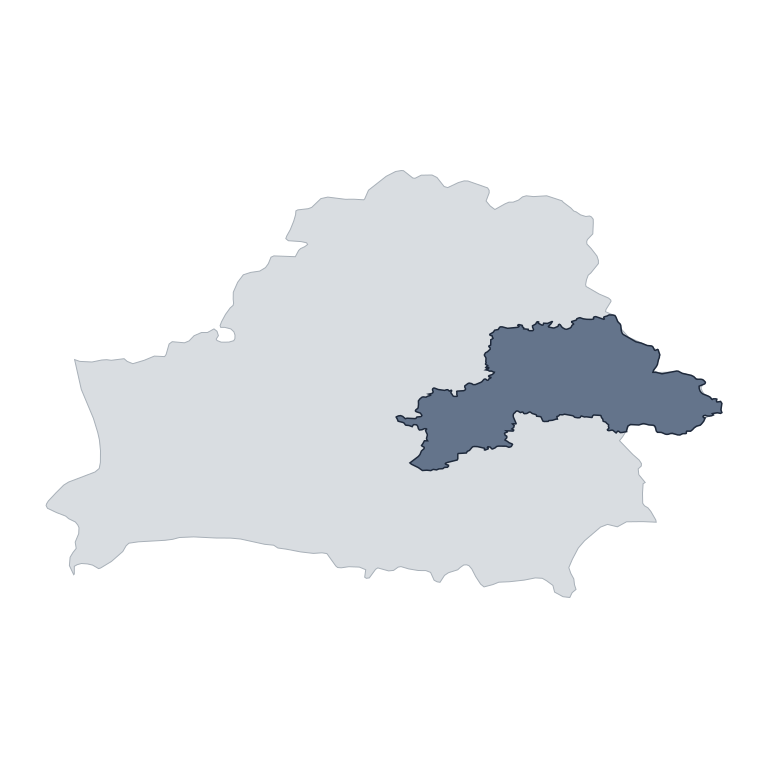 location of Mogilev within Belarus
{"feature_id": "BLR-2340", "entity_name": "Mogilev", "entity_type": "Region", "adm_level": 1, "iso_a3": "BLR", "parent_name": "Belarus", "parent_adm1": "", "projection": "equal_earth", "projection_center": [29.938, 53.567], "detail": "fine", "context": "in_parent", "style": "filled", "palette": "slate", "viewbox_px": 768, "rotation_deg": 0, "n_neighbors": 0, "source": "natural_earth", "source_scale": "10m", "svg_char_len": 9758}
<svg xmlns="http://www.w3.org/2000/svg" viewBox="0 0 768 768"><path d="M656.2,522.2L642.7,521.6L626.5,521.8L617.4,526.8L607.5,524.4L600.5,527.1L584.6,540.7L578.3,548.0L572.4,559.2L568.8,567.6L570.8,573.4L573.8,578.9L574.5,584.8L576.0,589.4L572.1,592.7L569.8,597.5L563.0,596.7L554.6,592.1L552.9,585.4L546.5,580.7L542.3,578.3L535.3,577.9L524.2,580.1L509.7,581.7L498.8,582.2L492.8,584.6L484.0,586.9L480.6,584.1L475.7,576.6L471.8,569.0L469.0,565.7L466.6,564.8L463.7,565.0L460.3,567.4L457.7,569.8L448.5,572.7L444.5,575.4L440.0,582.3L437.1,581.8L434.1,580.2L430.6,572.4L425.9,570.6L418.2,570.5L408.7,568.9L401.0,566.6L398.2,567.1L393.6,570.4L388.6,570.9L377.8,567.9L375.6,569.3L369.3,577.9L366.3,578.3L364.7,577.2L365.7,569.7L359.4,567.1L348.8,566.7L341.3,567.8L337.6,567.5L335.8,566.0L326.9,553.6L322.0,552.8L313.4,553.4L300.6,551.9L285.9,549.1L277.9,548.0L273.7,545.2L264.7,544.3L240.5,539.0L230.6,538.1L215.9,538.0L193.7,536.9L179.4,537.5L172.7,539.3L165.0,540.3L138.5,541.8L128.9,543.2L126.1,545.8L122.8,551.5L111.5,561.4L100.6,568.0L98.6,568.6L92.6,565.1L87.4,563.9L81.4,563.5L77.1,564.7L74.3,566.3L74.3,574.0L73.7,574.7L69.4,565.6L70.1,557.3L72.9,552.6L76.2,548.4L75.2,542.1L78.7,533.7L79.0,527.7L77.8,525.0L75.4,522.0L68.7,518.7L65.7,516.1L56.6,512.6L47.5,508.3L46.1,505.6L46.6,503.8L48.3,501.0L55.8,493.0L63.7,485.1L68.7,482.0L95.0,472.0L99.2,468.5L100.4,462.5L100.5,450.6L99.4,439.8L97.7,432.3L93.4,418.3L81.3,389.4L74.6,359.6L79.8,361.4L92.0,362.0L101.8,360.0L106.8,359.7L111.3,360.3L124.1,358.7L127.2,361.4L132.8,363.7L144.2,360.3L154.3,356.1L164.6,356.6L166.1,354.5L169.1,344.0L172.2,341.7L184.5,342.8L189.1,340.9L194.1,335.7L201.5,332.5L207.5,332.5L214.0,328.9L217.0,331.3L218.4,335.7L216.2,339.1L217.0,340.5L221.3,342.2L228.9,342.1L233.7,340.7L234.9,338.7L235.0,335.1L233.9,331.8L230.8,328.9L224.9,327.4L220.7,327.4L220.1,325.5L221.6,321.6L225.5,314.4L230.2,307.9L233.1,305.4L233.6,303.2L233.2,299.2L233.3,292.2L237.7,282.2L243.3,274.8L250.7,272.4L259.7,271.1L265.5,267.6L268.4,263.6L271.0,257.2L273.9,255.9L295.3,256.7L298.7,250.4L300.6,248.6L304.7,246.7L307.6,244.5L306.6,242.8L301.2,241.6L288.3,240.7L285.8,238.6L286.7,236.1L290.3,229.6L293.7,221.2L295.6,214.7L295.9,210.9L297.7,209.9L308.2,208.7L311.7,207.4L320.9,198.6L327.8,197.1L345.4,199.3L353.5,199.2L363.8,199.8L364.7,198.9L368.5,190.2L386.2,176.3L395.6,171.5L401.5,170.5L403.5,170.7L412.8,178.0L415.0,178.3L421.2,175.2L432.0,175.0L437.0,177.5L444.1,186.5L447.7,187.6L458.3,182.6L464.1,180.9L467.9,181.0L487.6,187.9L489.1,190.2L489.2,192.8L486.1,201.0L490.2,206.0L494.9,209.5L505.1,203.8L508.9,202.2L513.0,202.2L518.5,200.1L522.5,196.9L526.3,195.8L533.5,196.6L546.7,195.8L562.0,200.8L563.3,202.3L571.0,208.1L573.7,211.0L576.2,211.9L580.4,214.8L585.8,216.5L589.6,216.0L591.4,216.9L593.2,219.2L593.3,223.0L592.8,233.9L587.4,239.6L586.7,241.6L586.9,244.0L591.3,248.7L597.0,256.1L598.4,260.4L598.4,263.6L590.8,273.0L588.2,275.2L586.5,279.8L585.6,284.6L586.1,286.5L599.1,294.0L608.6,298.1L610.8,300.1L611.0,301.4L606.0,309.5L605.5,311.7L613.2,315.0L617.5,320.3L621.3,329.0L628.7,337.3L656.0,349.5L658.4,351.7L659.2,354.3L658.4,360.0L653.6,370.9L658.3,372.5L670.3,372.1L684.9,373.5L702.6,381.2L702.7,384.7L700.9,387.8L702.2,391.2L704.1,394.0L719.5,402.7L721.0,405.2L721.4,409.4L721.0,412.5L716.8,413.2L712.1,414.6L704.6,418.3L701.6,423.6L689.4,430.8L681.8,434.1L675.7,434.3L661.1,432.8L656.0,429.2L653.8,425.9L648.2,424.4L640.8,424.3L630.6,424.9L628.5,425.9L626.9,429.9L622.6,436.8L619.5,440.7L632.7,454.4L639.2,460.1L641.4,463.5L641.3,466.0L638.2,468.9L638.8,474.7L645.2,482.5L643.1,483.7L642.5,493.2L642.7,503.3L644.5,505.8L647.9,507.8L650.9,511.5L655.8,520.0L656.2,522.2Z" fill="#d9dde1" stroke="#a8b0b8" stroke-width="1"/><path d="M612.8,315.0L614.9,315.5L616.0,317.2L617.7,321.6L620.3,324.2L620.8,325.6L621.3,330.7L622.1,333.1L623.1,334.4L635.9,341.8L641.3,343.1L647.2,345.5L651.3,345.9L652.1,346.2L652.9,346.9L654.5,350.1L655.4,350.4L657.5,349.4L658.1,349.7L659.9,355.0L659.5,355.7L659.3,357.7L658.5,359.6L657.4,364.6L656.2,366.8L653.6,370.1L652.9,372.3L655.9,372.3L662.0,373.8L676.7,371.0L678.3,371.2L682.4,373.4L691.2,375.3L693.8,376.6L696.0,378.9L697.0,379.3L700.5,379.2L702.0,379.4L703.3,380.0L705.2,381.9L705.4,382.6L705.2,383.2L704.7,383.9L699.1,386.2L699.2,388.5L700.0,390.9L701.3,392.7L703.0,394.0L708.5,396.2L710.2,397.2L711.8,399.3L712.3,399.5L713.4,398.8L715.9,398.8L716.9,399.2L716.4,400.8L716.7,401.8L717.5,402.0L720.6,401.4L721.9,403.4L720.9,409.9L721.9,412.6L720.6,413.4L717.2,412.7L712.3,413.6L713.4,415.0L711.5,415.8L709.3,416.1L707.1,416.0L705.3,415.3L703.5,415.7L703.0,416.7L703.6,417.7L705.2,417.9L703.7,421.3L701.4,424.1L700.2,425.2L696.5,426.2L694.2,427.8L692.5,429.7L690.6,431.2L686.9,431.1L686.5,431.4L686.3,432.3L686.3,433.3L685.9,433.6L682.5,433.7L680.0,435.0L677.6,434.9L672.4,433.3L670.4,433.5L668.6,434.2L666.9,434.4L665.2,434.1L661.5,432.4L657.4,432.3L656.2,430.9L655.4,427.2L654.4,425.7L653.2,425.2L648.7,424.9L644.4,423.7L643.0,423.6L638.9,425.0L630.5,424.5L627.8,426.1L626.6,430.4L626.7,431.6L622.1,432.5L620.3,432.6L618.7,431.3L617.8,431.2L617.2,431.6L616.3,432.9L616.0,432.9L612.9,430.3L611.9,430.1L608.9,430.7L607.6,430.3L607.4,429.6L608.6,428.5L608.9,427.9L608.4,426.4L608.6,424.8L606.6,423.2L605.7,422.1L603.2,421.3L602.7,419.0L601.5,417.6L600.9,415.6L600.4,415.4L593.7,415.0L592.6,415.9L592.1,417.4L591.5,417.5L586.3,416.8L584.5,417.0L581.4,416.0L580.8,416.3L580.3,417.3L579.7,417.7L577.7,417.8L574.8,417.3L574.3,417.0L573.8,416.3L572.7,415.7L564.5,414.2L562.7,414.8L559.7,414.7L558.6,416.0L556.9,416.5L557.4,419.1L556.1,419.1L552.5,420.3L548.8,420.6L548.2,421.4L544.1,421.5L542.9,421.1L541.0,417.0L540.3,416.6L536.6,416.2L536.3,414.9L535.8,414.6L532.2,413.5L530.4,412.1L529.4,412.0L526.8,413.5L524.4,413.7L523.6,413.3L523.4,412.6L522.8,412.1L521.9,412.1L520.4,412.6L517.9,411.1L516.7,411.0L515.8,411.5L515.0,412.6L513.9,413.4L513.4,414.3L513.2,415.8L513.4,417.1L516.1,423.4L516.1,423.7L515.5,423.9L513.3,423.7L512.4,423.9L514.2,425.6L513.7,427.5L511.8,429.0L513.7,430.0L513.6,430.6L513.0,431.1L506.2,430.8L507.3,431.7L507.3,432.0L504.7,433.1L504.5,433.5L505.3,435.5L506.6,436.0L506.9,436.9L506.7,437.9L505.1,439.6L505.0,440.1L507.3,441.3L509.1,442.7L512.1,443.9L512.5,444.4L511.5,446.2L510.8,446.8L508.9,447.3L506.1,446.2L498.5,446.1L496.6,446.5L495.2,447.8L492.5,449.0L491.7,448.8L490.2,447.1L488.1,446.7L487.7,446.9L487.4,447.4L488.2,448.2L488.1,448.9L485.0,450.1L484.4,449.8L484.6,448.5L484.3,448.2L477.4,446.6L474.5,446.5L472.9,446.7L472.1,447.3L469.5,450.4L467.3,451.4L466.4,453.0L458.2,453.5L457.8,454.1L457.8,458.8L457.2,460.0L447.2,462.5L445.6,463.2L445.3,463.8L445.8,464.3L448.5,465.2L448.5,466.2L447.4,467.3L444.5,467.4L442.8,468.7L438.9,468.9L436.6,469.9L433.2,469.4L430.8,470.6L426.8,470.2L422.4,470.5L418.3,467.6L411.4,464.2L409.9,462.9L418.3,456.5L420.0,454.5L421.4,451.0L424.0,448.7L424.2,448.1L424.2,447.3L421.9,446.0L421.5,445.5L422.9,443.6L424.4,440.8L427.6,440.8L426.7,439.3L426.5,438.3L427.3,435.4L427.3,434.4L425.9,431.5L425.6,430.4L426.6,429.3L426.6,429.0L426.0,428.7L424.3,428.7L422.1,429.7L419.4,430.0L418.4,428.7L417.7,426.2L416.6,424.8L413.7,424.6L413.2,425.0L412.2,426.7L409.0,425.5L405.9,425.2L405.4,424.9L404.1,423.1L403.1,422.5L398.1,421.2L397.2,418.9L396.2,417.3L396.2,416.9L398.4,415.9L400.6,415.6L402.7,416.4L405.3,418.7L407.0,418.2L415.1,418.6L415.9,418.4L416.9,417.0L420.8,416.6L421.5,416.2L421.9,415.3L420.4,413.1L416.2,411.7L415.5,411.1L415.4,410.8L415.8,409.9L417.7,408.4L418.2,407.5L418.5,404.3L418.4,400.9L420.0,398.8L422.1,397.1L423.3,396.9L426.1,397.2L427.5,396.3L430.6,395.3L430.5,394.8L428.7,394.1L431.7,393.5L432.7,392.8L433.2,391.8L432.6,390.4L432.5,389.3L432.9,388.6L433.6,388.1L434.6,388.1L438.2,389.5L444.6,390.4L446.3,389.8L447.6,389.7L448.2,390.0L449.3,391.1L451.2,390.2L451.5,390.4L451.7,390.9L451.0,392.2L450.9,392.8L451.7,393.8L453.0,395.9L453.9,396.4L456.9,396.4L457.3,396.0L456.8,394.3L456.9,392.6L456.7,391.4L457.4,391.1L463.7,390.7L464.6,390.3L465.2,389.8L465.6,389.0L464.7,386.9L464.8,385.9L467.8,383.6L469.1,383.1L471.7,383.6L473.1,384.6L475.3,384.6L480.7,382.4L481.9,381.7L483.9,379.4L484.6,379.1L485.7,379.1L487.0,380.2L487.8,380.3L488.2,380.1L489.0,378.8L490.7,378.0L490.9,377.4L488.9,376.8L488.6,376.1L489.0,375.6L492.3,374.5L494.0,373.0L494.4,372.2L492.8,371.8L491.7,371.1L489.3,371.1L488.2,370.3L485.8,369.9L488.4,368.6L488.8,367.9L488.6,367.4L488.3,367.3L486.3,368.0L485.7,367.6L487.6,365.5L485.6,364.4L485.5,363.9L486.2,362.6L485.8,361.8L486.0,358.4L485.6,357.2L484.5,355.6L484.4,354.7L485.5,352.8L487.4,351.8L490.2,349.2L490.1,347.9L488.9,346.7L488.8,346.3L489.2,345.7L490.5,345.3L490.7,345.0L490.8,339.7L492.5,338.8L493.1,338.2L492.5,337.5L492.2,335.9L490.1,335.3L489.8,334.3L493.4,332.1L494.6,330.2L498.2,329.5L499.6,327.3L500.6,326.8L502.5,326.9L507.6,328.3L516.9,327.4L518.5,327.0L519.0,326.6L518.9,326.2L517.8,325.4L518.2,324.7L519.1,324.6L522.1,325.3L522.4,325.8L522.3,326.7L523.7,327.7L523.6,328.8L528.2,329.3L528.2,330.2L529.4,330.7L532.4,330.7L533.0,330.5L533.5,329.7L533.4,329.0L532.6,327.4L532.5,325.8L535.7,324.0L536.4,322.6L537.1,321.8L538.0,321.7L538.7,322.0L538.6,322.4L538.1,322.7L538.2,323.2L542.1,325.2L543.2,324.8L543.6,323.2L547.6,323.4L552.0,321.5L552.3,321.6L552.2,321.9L550.9,323.9L548.5,326.3L548.4,326.5L548.7,327.0L553.2,328.0L554.4,327.9L557.7,326.5L558.3,325.8L558.5,324.8L559.3,324.3L560.3,324.8L561.8,327.0L562.9,327.9L565.1,329.1L566.8,329.3L570.3,327.9L571.1,327.2L572.0,325.3L573.4,324.3L573.6,324.1L573.4,323.6L571.7,322.3L571.7,321.5L575.9,320.2L576.5,319.7L576.9,318.7L578.6,318.0L580.0,317.7L583.2,318.8L586.7,319.3L591.4,319.4L593.5,319.0L593.7,318.5L593.5,317.6L593.7,317.2L594.5,316.8L595.8,316.6L603.7,319.3L604.3,319.0L603.7,317.3L604.2,316.8L607.0,316.0L609.1,314.9L612.8,315.0Z" fill="#64748b" stroke="#1e293b" stroke-width="1.5"/></svg>